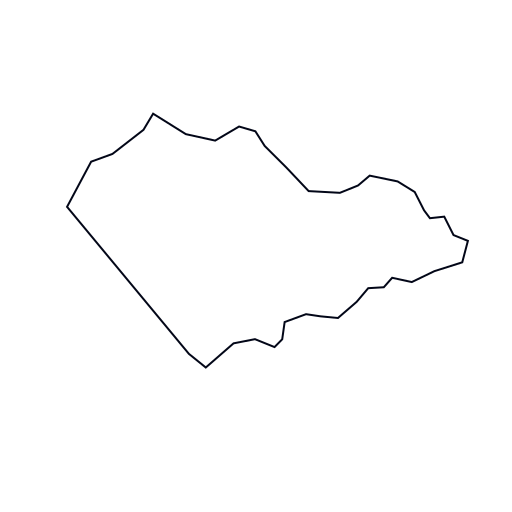 outline of Siġġiewi, rotated 22°
{"feature_id": "MLT-5948", "entity_name": "Siġġiewi", "entity_type": "state/province", "adm_level": 1, "iso_a3": "MLT", "parent_name": "Malta", "parent_adm1": "", "projection": "robinson", "projection_center": [14.438, 35.844], "detail": "fine", "context": "isolated", "style": "outline", "palette": "ink", "viewbox_px": 512, "rotation_deg": 22, "n_neighbors": 0, "source": "natural_earth", "source_scale": "10m", "svg_char_len": 642}
<svg xmlns="http://www.w3.org/2000/svg" viewBox="0 0 512 512"><g transform="rotate(22 256 256)"><path d="M251.2,378.2L230.5,371.9L62.4,281.2L67.8,230.3L84.7,215.1L104.4,181.2L107.3,162.6L145.3,169.3L174.9,164.3L191.8,142.3L208.7,140.6L222.8,150.7L251.0,162.6L280.5,176.1L310.1,166.0L324.2,152.4L331.3,138.9L359.4,133.8L379.2,137.2L394.7,150.7L403.1,155.8L415.8,149.0L431.3,162.6L446.8,162.6L449.6,184.6L427.1,203.2L410.2,221.8L390.4,225.2L386.2,237.1L372.1,243.8L366.5,260.8L355.2,282.8L338.3,287.8L324.2,291.2L307.3,306.5L311.5,323.4L307.3,333.5L286.2,333.5L267.9,345.4L251.2,378.2Z" fill="none" stroke="#020617" stroke-width="2"/></g></svg>